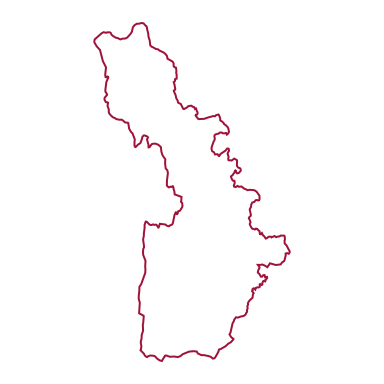 outline of Isandra, Haute Matsiatra, Madagascar
{"feature_id": "10022922B29889196912325", "entity_name": "Isandra", "entity_type": "district", "adm_level": 2, "iso_a3": "MDG", "parent_name": "Madagascar", "parent_adm1": "Haute Matsiatra", "projection": "equal_earth", "projection_center": [46.965, -21.25], "detail": "fine", "context": "isolated", "style": "outline", "palette": "rose", "viewbox_px": 384, "rotation_deg": 0, "n_neighbors": 0, "source": "geoboundaries", "source_scale": "gbopen_adm2", "svg_char_len": 6042}
<svg xmlns="http://www.w3.org/2000/svg" viewBox="0 0 384 384"><path d="M267.0,276.9L265.1,277.3L264.6,275.1L263.2,275.2L262.1,276.7L260.9,276.7L259.3,273.9L258.0,272.7L257.8,272.2L258.3,270.1L259.5,267.9L259.5,267.2L257.9,264.9L260.6,264.9L262.2,264.5L265.1,265.7L267.3,267.2L270.0,263.3L275.7,265.0L280.7,264.4L282.0,262.5L284.3,260.9L285.7,255.5L285.6,253.6L287.0,253.1L288.7,253.8L289.7,252.5L289.6,251.2L286.4,245.2L284.7,243.5L284.5,240.9L284.9,239.8L284.8,237.2L284.6,236.1L284.1,235.6L280.7,235.6L279.5,236.4L277.2,236.7L276.0,237.2L274.5,236.0L271.5,237.4L270.9,236.7L269.4,236.7L268.5,236.8L267.5,237.8L265.9,238.6L265.3,238.0L264.3,236.3L263.2,235.6L261.9,233.0L260.7,234.3L259.9,234.1L259.5,231.2L257.7,229.6L257.4,229.0L256.0,228.6L255.4,229.3L254.8,229.5L254.2,229.1L252.2,228.7L250.9,226.7L249.8,224.5L249.9,223.3L250.5,222.6L250.1,220.7L248.8,218.2L249.3,217.1L250.6,216.0L250.9,214.9L249.7,209.4L250.9,207.2L251.2,204.7L252.2,202.6L254.3,201.9L255.7,200.2L257.0,200.0L258.0,200.5L259.2,200.1L259.6,198.9L259.4,195.6L256.5,191.6L254.3,190.2L249.7,189.8L247.4,190.2L246.2,189.4L244.1,188.6L241.5,186.5L239.0,186.8L237.5,185.9L235.7,187.1L234.1,186.6L233.8,185.4L234.5,184.0L234.7,182.2L234.5,181.0L234.3,180.7L233.2,180.8L232.3,179.9L231.1,177.3L231.0,176.4L232.8,174.9L233.3,173.9L234.2,173.0L234.9,170.9L235.4,170.4L236.0,170.9L236.2,172.3L236.9,173.3L237.5,173.3L238.7,173.0L240.7,170.9L240.7,169.8L240.5,168.8L240.0,168.2L238.2,167.6L237.1,166.1L236.9,164.8L237.1,161.1L236.8,160.0L234.2,158.6L231.7,160.5L228.5,160.2L228.2,158.9L228.6,156.7L227.6,153.9L228.1,152.3L229.0,150.8L228.8,149.0L228.3,148.6L227.2,148.5L225.4,150.7L220.6,153.9L219.2,156.0L218.6,155.9L217.8,154.4L217.2,154.2L215.1,154.5L214.0,152.3L212.1,151.1L211.5,148.9L211.7,147.1L213.5,141.9L214.6,139.8L214.8,138.7L214.4,136.5L214.6,135.2L215.5,134.4L218.9,133.5L219.4,132.8L220.1,132.5L221.9,132.6L222.5,133.2L224.1,133.4L226.1,133.0L226.9,134.6L227.9,133.8L229.0,132.0L228.4,128.7L227.7,127.2L225.8,125.2L224.1,124.1L223.8,123.3L222.0,121.4L221.0,121.0L220.2,120.2L220.2,118.3L218.9,114.9L218.3,114.5L215.9,115.3L215.1,116.2L213.2,116.1L208.0,117.5L204.4,118.8L198.9,119.1L198.2,118.9L195.6,115.6L195.9,114.7L197.0,114.6L197.6,113.5L197.5,112.1L196.9,111.3L196.0,108.3L195.3,108.3L194.9,108.8L194.1,107.1L192.5,106.7L191.6,105.8L191.1,105.7L188.4,106.1L186.9,107.5L184.4,108.9L183.9,109.1L183.2,108.8L180.8,104.0L178.3,102.8L177.9,102.1L177.7,100.6L176.3,98.4L175.6,95.1L173.9,91.3L173.8,90.6L174.6,90.2L175.3,89.2L174.4,84.2L173.7,82.1L175.0,81.0L175.1,79.1L176.7,78.6L176.6,74.2L176.2,72.9L176.4,71.0L176.0,67.7L174.6,67.2L173.7,66.3L173.6,63.3L172.6,61.6L167.5,58.7L167.0,56.0L165.7,54.3L164.0,52.7L159.4,50.5L158.2,49.4L155.6,48.9L154.0,47.8L151.8,46.8L150.6,45.8L150.2,45.0L149.7,40.4L148.6,37.1L148.1,32.9L147.0,28.8L147.1,28.1L146.4,26.1L145.7,25.8L143.5,23.3L141.5,23.0L139.6,23.6L136.7,23.8L134.4,25.3L132.9,27.3L131.9,31.7L130.7,33.7L127.3,37.5L125.4,38.5L122.1,38.7L120.7,39.4L119.8,39.2L117.8,38.1L115.8,37.7L113.0,36.0L111.7,34.9L110.7,32.9L109.6,32.3L106.9,32.4L106.1,32.8L103.6,32.2L101.7,33.2L94.7,39.4L94.3,41.4L94.5,42.6L96.7,46.3L100.0,50.0L102.9,61.2L106.0,67.3L105.2,74.9L105.6,77.1L106.7,77.1L107.4,76.5L108.1,76.8L108.3,77.4L106.4,81.9L105.4,89.5L105.4,91.6L107.1,94.4L107.0,95.0L105.0,97.3L104.5,98.3L104.5,99.2L104.7,100.1L105.9,102.2L107.6,102.3L108.1,102.8L107.5,105.8L108.8,109.5L108.8,112.2L109.1,113.2L110.9,115.5L113.0,117.3L114.9,118.1L116.3,119.1L119.9,119.8L121.4,119.6L122.6,120.2L125.2,122.5L127.9,122.7L128.3,123.2L129.1,128.5L130.8,131.7L132.4,133.2L134.5,138.5L134.8,139.7L134.5,141.8L134.5,145.2L134.8,146.7L135.6,147.1L138.0,144.6L140.4,143.1L141.8,139.4L142.4,136.9L143.6,135.5L144.4,135.4L147.1,136.4L148.0,137.3L147.0,139.5L148.6,145.2L148.4,146.0L148.6,147.4L149.5,147.2L151.8,144.1L153.4,143.7L155.6,143.7L158.2,144.7L160.0,146.2L160.9,147.2L161.4,151.6L162.1,154.2L163.1,156.2L165.3,159.2L165.1,163.5L165.7,168.4L167.4,170.4L167.9,173.0L166.9,181.2L166.9,185.5L167.5,186.4L169.0,187.4L170.5,186.7L171.9,186.9L172.6,186.2L173.1,186.4L173.9,190.1L174.3,191.1L174.7,194.4L181.5,196.9L181.3,200.6L181.0,201.4L181.1,202.0L182.0,202.7L182.2,203.3L182.5,206.0L182.2,207.1L180.0,210.7L178.2,211.3L177.8,213.0L177.2,214.1L176.7,214.0L175.9,212.4L175.5,212.8L174.5,215.1L172.9,223.0L172.2,224.5L169.6,225.6L169.3,226.1L168.4,226.2L166.7,225.6L165.3,224.5L159.9,223.8L158.6,227.5L158.3,227.6L156.9,225.3L156.0,224.6L154.5,224.9L153.0,224.4L151.4,225.1L149.6,224.7L146.8,221.8L145.7,221.6L144.6,224.8L144.6,228.0L143.8,233.9L143.9,235.4L143.1,239.5L144.1,247.0L143.2,249.2L143.0,252.7L143.2,254.9L145.5,260.8L145.2,266.6L145.4,269.0L145.3,272.7L141.2,284.2L139.4,286.8L139.3,291.5L138.8,295.3L138.7,298.8L139.8,302.7L139.1,313.3L143.6,315.7L143.7,316.9L143.2,323.2L142.8,324.8L143.1,330.7L141.7,335.0L141.6,338.4L140.8,341.5L140.8,343.1L141.4,346.1L140.9,349.7L140.5,350.2L144.0,353.8L144.8,355.5L146.5,356.9L147.2,357.1L148.2,356.2L150.2,355.5L153.9,355.8L155.1,356.4L157.0,358.5L159.5,360.3L161.9,361.0L164.1,357.1L164.4,357.1L165.0,355.7L165.4,355.5L166.7,355.6L169.9,356.8L174.0,356.5L177.9,357.1L180.6,356.0L182.7,354.2L189.1,351.6L193.5,351.2L196.7,351.5L197.8,353.4L201.3,355.1L203.8,355.1L208.3,356.0L210.9,356.9L212.9,358.6L214.0,358.4L215.0,357.7L216.9,354.5L218.5,351.5L218.9,349.6L220.8,349.0L225.7,346.1L228.0,343.9L231.0,342.1L233.4,339.4L233.5,338.9L231.2,337.2L229.5,334.4L230.5,332.6L232.6,323.2L233.6,321.7L234.2,319.7L236.0,317.3L237.9,317.6L241.2,316.4L242.8,316.2L244.3,315.6L245.6,314.5L246.0,313.3L247.1,311.8L247.0,310.0L247.6,308.6L247.4,306.0L248.1,304.6L247.9,303.3L248.6,301.8L249.9,300.1L252.5,297.8L253.0,294.2L253.7,293.1L252.1,291.3L252.3,290.4L252.8,290.1L252.5,289.2L253.5,288.3L254.1,288.3L255.3,289.6L256.0,287.8L257.6,287.3L258.5,287.5L259.8,286.8L259.9,286.4L259.6,284.4L259.9,284.2L260.1,284.7L260.9,284.5L261.8,285.0L262.4,284.4L262.4,282.8L263.1,281.3L263.4,281.0L265.2,281.4L265.4,279.9L265.8,279.8L267.2,277.9L267.0,276.9Z" fill="none" stroke="#9f1239" stroke-width="2"/></svg>